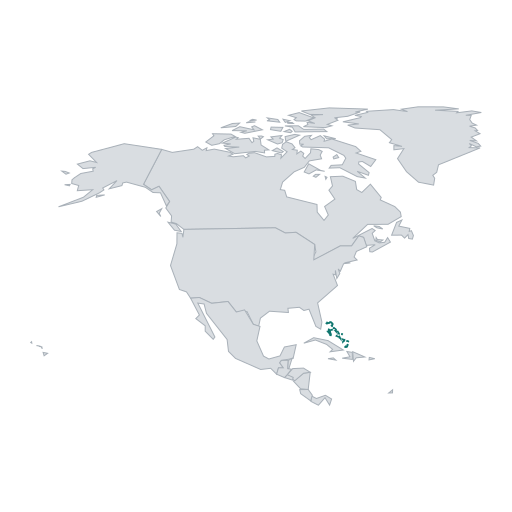 The Bahamas highlighted on a map of North America
{"feature_id": "BHS", "entity_name": "The Bahamas", "entity_type": "country or territory", "adm_level": 0, "iso_a3": "BHS", "parent_name": "North America", "parent_adm1": "", "projection": "robinson", "projection_center": [-76.093, 23.939], "detail": "fine", "context": "in_parent", "style": "filled", "palette": "teal", "viewbox_px": 512, "rotation_deg": 0, "n_neighbors": 17, "source": "natural_earth", "source_scale": "50m", "svg_char_len": 11758}
<svg xmlns="http://www.w3.org/2000/svg" viewBox="0 0 512 512"><path d="M183.9,229.4L176.4,223.6L171.1,222.0L171.6,215.9L165.8,208.0L169.6,201.5L159.0,186.3L151.6,189.8L143.5,184.3L161.7,149.4L172.3,152.4L193.8,149.2L197.6,146.7L202.3,150.3L206.9,147.8L206.2,150.6L214.3,149.1L230.0,152.3L233.0,154.2L228.6,156.0L233.3,156.8L243.4,155.7L245.7,157.9L249.2,156.0L246.8,154.5L248.9,153.3L254.6,152.7L266.4,156.9L274.8,156.4L274.9,154.2L277.5,153.5L281.5,154.8L280.9,158.2L287.1,151.8L281.7,148.1L282.6,144.3L286.2,141.8L292.0,143.9L295.0,147.7L292.4,149.5L297.3,150.2L296.8,153.9L300.8,151.1L303.8,153.4L302.7,156.1L305.1,158.5L310.5,152.8L310.9,148.8L318.7,149.6L322.2,151.4L320.2,155.1L321.6,158.8L309.3,160.9L304.3,167.3L294.2,171.8L282.6,182.1L280.3,189.6L284.7,190.3L286.7,196.9L317.0,204.5L317.2,212.1L324.0,220.4L328.3,215.0L324.6,206.5L334.9,199.1L328.9,190.2L332.5,186.0L330.4,176.7L342.8,176.2L355.4,181.4L356.7,189.6L361.8,192.5L370.4,184.2L381.2,197.4L380.2,199.9L394.8,206.6L400.4,212.1L401.2,216.6L388.1,224.3L367.6,224.4L352.7,238.4L372.1,228.5L375.2,230.5L372.2,233.3L374.8,240.8L379.2,242.9L384.7,242.3L387.6,237.6L390.4,242.1L372.4,252.0L369.8,251.7L369.5,248.2L375.2,244.7L366.2,245.4L363.6,237.4L358.8,235.8L351.6,245.9L340.3,245.9L314.6,259.8L312.3,258.5L315.9,251.9L314.7,244.5L296.0,232.3L285.3,233.0L275.4,227.8L183.9,229.4ZM313.3,176.2L315.5,174.4L319.5,174.4L315.9,177.3L313.3,176.2ZM326.7,138.8L324.1,135.8L335.8,138.7L330.3,138.6L326.7,138.8ZM325.8,179.3L325.1,176.4L327.0,177.3L325.8,179.3ZM292.2,131.4L290.6,132.7L284.1,131.6L289.6,129.3L292.2,131.4ZM293.4,123.5L287.8,123.3L287.4,122.5L292.2,122.5L293.4,123.5ZM283.0,119.2L289.9,120.7L285.3,122.4L283.0,119.2ZM326.8,131.6L295.1,131.9L292.4,127.2L284.9,125.9L298.4,125.8L303.7,129.4L323.7,129.1L326.8,131.6ZM248.6,121.8L255.4,122.0L246.2,122.8L248.6,121.8ZM252.6,119.3L256.6,120.1L249.5,120.7L252.6,119.3ZM401.9,220.0L398.8,226.1L409.8,228.4L409.2,231.4L411.4,230.7L413.4,235.5L412.4,239.1L408.7,238.5L408.0,234.6L404.6,238.1L401.5,235.1L391.6,235.2L396.6,222.4L401.9,220.0ZM308.7,163.8L320.6,170.4L324.7,171.3L316.2,169.9L309.0,173.9L304.2,172.0L308.7,163.8ZM324.1,141.3L331.8,139.0L355.7,146.6L360.9,151.3L356.1,153.0L375.8,159.7L370.7,166.5L362.4,161.5L358.8,161.9L358.6,164.0L369.1,172.6L368.4,175.3L357.2,171.3L365.3,178.1L357.2,176.6L339.8,167.7L329.2,168.1L331.1,165.4L342.3,164.8L345.8,158.2L343.9,155.4L328.6,147.8L302.7,147.0L300.6,145.8L303.6,144.2L299.8,144.2L299.5,140.8L304.7,136.3L311.4,135.4L309.3,137.6L311.1,139.7L320.3,135.6L324.6,139.1L324.1,141.3ZM285.1,136.6L294.7,134.4L299.5,135.2L285.8,141.3L285.1,136.6ZM220.8,127.8L232.4,123.5L239.6,123.1L235.7,126.5L220.8,127.8ZM156.6,211.5L161.7,208.7L159.2,213.3L160.8,216.5L156.6,211.5ZM267.3,117.9L277.8,119.5L279.7,122.2L267.0,120.8L269.6,119.8L267.3,117.9ZM181.2,231.5L174.5,230.2L168.0,222.2L175.8,224.1L181.2,231.5ZM212.5,133.7L231.0,134.1L235.2,136.5L224.3,139.8L219.4,143.7L211.7,145.3L205.8,142.0L213.9,135.8L212.5,133.7ZM254.5,125.7L262.4,129.8L244.8,133.3L241.0,132.3L246.8,130.8L232.1,130.6L239.8,126.7L254.0,129.8L251.7,126.9L254.5,125.7ZM253.0,137.8L260.3,139.3L261.1,145.0L268.9,149.9L264.4,150.2L264.6,152.9L255.4,151.4L234.8,153.7L225.6,148.5L239.3,147.1L224.9,146.5L224.0,145.3L230.7,143.9L222.4,143.1L235.8,137.1L238.2,137.7L236.3,139.3L249.0,138.3L252.0,142.7L253.8,141.3L253.0,137.8ZM273.2,139.1L270.9,136.9L281.9,135.5L279.6,138.2L283.2,139.6L282.1,142.7L277.5,144.0L267.7,139.8L273.2,139.1ZM258.2,136.1L261.6,136.0L263.4,136.7L260.5,139.0L258.2,136.1ZM271.1,127.1L282.9,127.4L280.8,131.3L270.5,129.6L271.1,127.1ZM288.6,115.3L299.2,112.6L313.5,117.8L305.4,121.1L296.3,120.9L294.0,119.6L296.3,117.7L288.6,115.3ZM301.4,111.0L329.2,107.9L367.9,109.1L355.3,112.0L360.2,112.0L347.7,116.3L334.3,117.8L337.6,118.2L335.9,118.8L337.9,120.3L327.3,124.4L331.9,125.8L325.2,127.6L303.4,126.7L307.9,124.5L307.0,122.3L314.8,123.4L308.0,120.8L315.1,117.8L311.2,115.1L323.0,114.6L309.8,114.4L301.4,111.0ZM338.7,157.6L333.8,158.9L333.1,157.1L336.8,154.6L338.7,157.6ZM277.0,147.9L283.3,151.6L281.4,152.9L272.3,150.6L277.0,147.9ZM373.7,225.8L379.2,226.5L382.8,229.0L376.9,227.8L373.7,225.8ZM376.1,237.5L377.4,239.5L382.9,240.0L380.2,241.9L375.8,240.2L376.1,237.5Z" fill="#d9dde1" stroke="#a8b0b8" stroke-width="1"/><path d="M183.9,229.4L275.4,227.8L285.3,233.0L296.0,232.3L314.7,244.5L313.8,259.8L340.3,245.9L351.6,245.9L358.8,235.8L363.6,237.4L366.8,246.7L356.4,251.4L354.1,257.0L357.1,260.0L344.4,262.9L350.4,262.9L343.6,263.7L340.3,271.3L338.2,268.9L339.8,273.5L336.8,278.5L335.4,270.4L335.4,274.9L333.1,274.2L337.5,285.5L317.6,302.9L321.9,322.1L320.7,329.2L315.9,326.4L309.0,309.2L303.9,310.5L299.4,307.3L287.9,308.3L288.4,312.5L269.5,311.2L260.4,318.1L258.6,326.5L253.3,324.3L247.0,311.6L236.3,312.0L228.0,301.5L211.7,303.3L199.3,297.5L190.6,298.2L186.5,291.9L179.4,289.5L170.5,265.5L176.9,243.8L177.0,232.8L182.0,233.4L182.9,237.3L183.9,229.4ZM161.7,149.4L143.5,184.3L151.6,189.8L159.0,186.3L169.6,201.5L166.4,205.9L160.5,192.8L153.0,192.5L145.4,187.3L126.5,182.1L122.8,182.9L121.9,185.6L109.2,188.8L117.0,180.6L102.7,188.0L103.9,189.9L99.5,192.8L82.0,201.2L58.5,206.8L83.5,197.2L92.7,189.7L77.3,190.7L78.7,185.5L71.7,183.5L72.0,179.8L74.6,177.6L80.8,173.5L93.2,171.2L92.7,168.8L95.7,167.3L83.0,168.6L77.4,164.1L90.0,160.8L96.6,162.5L88.6,154.3L91.6,152.4L124.2,143.7L161.7,149.4ZM61.8,171.1L65.1,171.4L69.2,173.0L66.0,174.2L61.8,171.1ZM43.1,352.4L47.6,353.3L44.1,355.8L43.1,352.4ZM41.8,346.9L42.3,348.8L41.4,347.3L41.8,346.9ZM39.6,346.0L41.2,346.7L39.2,346.5L39.6,346.0ZM36.4,345.6L38.1,345.6L37.9,345.8L36.4,345.6ZM31.6,341.7L31.8,343.2L30.7,342.5L31.6,341.7ZM64.6,184.7L70.1,184.4L69.4,185.8L64.6,184.7ZM96.7,195.4L104.7,194.9L96.2,197.3L96.7,195.4Z" fill="#d9dde1" stroke="#a8b0b8" stroke-width="1"/><path d="M352.3,352.4L352.4,359.4L342.2,358.2L350.0,356.8L346.9,351.5L352.3,352.4Z" fill="#d9dde1" stroke="#a8b0b8" stroke-width="1"/><path d="M353.5,361.3L352.7,351.7L364.8,357.0L356.2,357.8L353.5,361.3Z" fill="#d9dde1" stroke="#a8b0b8" stroke-width="1"/><path d="M401.4,109.2L418.2,106.8L443.5,106.9L458.8,108.9L435.1,110.2L458.0,111.4L456.7,112.8L471.8,110.9L481.3,112.5L465.8,115.3L471.2,115.4L469.7,119.6L472.2,123.1L476.5,125.1L469.5,126.2L475.1,127.9L477.6,130.5L475.1,130.8L480.0,133.7L471.2,137.1L476.5,140.9L469.7,140.4L478.2,143.4L480.7,146.1L476.3,146.8L469.3,143.5L471.4,145.8L469.2,147.6L480.1,147.9L438.5,164.8L436.7,172.3L432.8,175.3L434.7,178.3L433.6,185.1L418.5,182.2L406.5,171.7L397.5,158.6L403.9,148.6L393.9,149.8L393.9,145.6L402.0,146.4L389.4,142.7L391.7,139.6L379.9,129.7L355.0,128.0L347.7,125.1L358.8,123.9L342.9,121.8L360.5,117.6L361.3,116.5L354.9,115.4L367.7,112.4L366.5,111.3L393.5,109.6L407.5,111.6L401.4,109.2Z" fill="#d9dde1" stroke="#a8b0b8" stroke-width="1"/><path d="M190.6,298.2L199.3,297.5L211.7,303.3L228.0,301.5L236.3,312.0L244.6,309.9L253.3,324.3L260.0,326.4L256.8,340.9L263.5,356.1L268.9,359.0L280.0,355.9L284.4,347.0L296.2,344.7L293.1,358.5L281.4,360.4L279.7,362.8L283.3,367.8L278.5,367.8L276.6,374.2L270.7,368.3L260.7,369.5L235.5,358.4L228.5,351.4L227.1,339.5L206.5,313.4L204.1,304.0L197.8,303.1L214.9,337.0L213.2,339.3L205.2,331.2L205.2,325.8L195.8,318.6L199.4,315.0L190.6,298.2Z" fill="#d9dde1" stroke="#a8b0b8" stroke-width="1"/><path d="M331.6,399.0L329.6,405.1L325.0,397.7L318.4,405.2L311.1,401.5L310.8,395.6L316.4,398.5L325.4,395.3L331.6,399.0Z" fill="#d9dde1" stroke="#a8b0b8" stroke-width="1"/><path d="M312.3,395.2L310.7,400.9L300.7,393.7L299.7,389.6L308.2,389.5L312.3,395.2Z" fill="#d9dde1" stroke="#a8b0b8" stroke-width="1"/><path d="M308.2,389.5L300.6,388.8L293.4,381.1L303.6,373.2L310.2,372.3L308.2,389.5Z" fill="#d9dde1" stroke="#a8b0b8" stroke-width="1"/><path d="M310.2,372.3L303.6,373.2L294.7,380.8L287.2,374.7L292.7,368.6L303.5,368.1L310.2,372.3Z" fill="#d9dde1" stroke="#a8b0b8" stroke-width="1"/><path d="M287.2,374.7L293.2,377.4L292.5,380.1L284.5,377.6L287.2,374.7Z" fill="#d9dde1" stroke="#a8b0b8" stroke-width="1"/><path d="M276.6,374.2L278.5,367.8L283.3,367.8L279.7,362.8L281.4,360.4L288.3,360.4L287.8,368.6L291.5,369.2L287.2,374.7L284.5,377.6L276.6,374.2Z" fill="#d9dde1" stroke="#a8b0b8" stroke-width="1"/><path d="M288.3,360.4L292.1,358.2L288.9,368.6L287.8,368.6L288.3,360.4Z" fill="#d9dde1" stroke="#a8b0b8" stroke-width="1"/><path d="M369.3,357.4L374.8,358.7L369.0,359.9L369.3,357.4Z" fill="#d9dde1" stroke="#a8b0b8" stroke-width="1"/><path d="M328.0,358.7L333.3,357.9L335.8,360.1L328.0,358.7Z" fill="#d9dde1" stroke="#a8b0b8" stroke-width="1"/><path d="M313.7,337.7L328.0,340.6L343.3,350.0L330.1,351.8L332.6,349.4L326.6,344.4L315.4,340.0L303.8,343.2L313.7,337.7Z" fill="#d9dde1" stroke="#a8b0b8" stroke-width="1"/><path d="M388.7,393.0L392.6,389.8L392.5,392.9L388.7,393.0Z" fill="#d9dde1" stroke="#a8b0b8" stroke-width="1"/><path d="M330.2,331.3L330.2,331.8L330.3,332.2L330.2,332.3L329.8,332.6L329.7,332.7L329.4,332.9L329.1,333.1L329.0,332.8L328.8,332.6L328.8,332.2L328.6,332.3L328.4,332.3L328.0,332.0L327.7,331.6L328.1,331.6L328.2,331.8L328.4,331.5L328.4,331.4L328.2,331.1L328.6,330.4L328.7,330.0L328.6,329.3L328.7,329.2L329.2,329.5L329.4,329.7L329.4,330.0L329.6,330.3L329.9,330.9L330.2,331.3ZM330.6,333.2L330.6,333.3L330.2,333.6L330.5,333.8L330.7,333.4L330.9,333.7L331.0,334.3L331.0,334.5L331.1,334.8L330.9,335.4L330.1,335.3L330.1,334.9L329.8,334.1L329.6,333.9L329.3,333.4L329.5,333.2L329.7,333.3L329.9,333.2L330.2,333.2L330.4,333.1L330.6,333.2ZM347.4,346.1L347.3,346.5L346.9,347.0L346.1,347.2L345.1,347.2L345.0,346.9L345.1,346.7L345.4,346.4L345.6,346.2L346.0,346.1L346.4,346.3L346.7,346.3L347.0,346.1L347.3,345.6L347.5,345.7L347.4,346.1ZM332.1,326.3L331.7,325.9L331.5,325.7L331.9,325.4L332.1,325.2L332.1,324.6L332.2,324.3L332.1,324.1L332.2,323.8L332.1,323.5L331.8,323.2L331.1,322.3L330.1,322.0L329.6,322.0L329.8,321.9L330.1,321.9L330.5,322.0L331.0,322.0L331.3,322.3L331.6,322.7L331.9,322.8L332.0,322.9L332.0,323.0L332.4,323.3L332.7,323.6L332.8,324.4L332.4,324.8L332.3,326.0L332.1,326.3ZM327.6,322.8L328.0,322.9L328.4,322.8L329.0,322.8L329.6,322.7L329.6,322.9L329.6,323.0L328.5,323.2L327.5,323.5L326.9,323.7L326.7,323.7L325.8,322.9L326.0,323.0L326.5,323.4L326.8,323.3L327.1,323.1L327.1,322.9L327.2,322.5L327.6,322.8ZM334.2,328.0L334.8,328.5L335.3,328.7L335.9,329.3L336.1,329.5L336.1,330.6L335.9,331.1L336.0,331.6L335.8,331.4L335.7,331.1L335.5,330.9L335.4,330.8L335.8,330.8L335.8,330.3L336.0,330.0L336.0,329.6L335.5,329.1L335.2,328.7L334.8,328.6L334.3,328.2L334.1,328.2L333.7,328.3L333.9,328.0L333.9,327.7L334.0,327.7L334.2,328.0ZM340.8,339.0L340.3,338.2L339.7,338.0L339.4,337.8L339.5,337.7L339.7,337.4L339.6,337.1L339.3,336.5L339.2,336.1L339.1,335.7L339.4,336.2L339.6,336.7L339.8,337.1L340.0,337.9L340.4,338.1L340.8,338.5L340.8,339.0ZM343.1,341.8L342.9,342.0L342.9,341.7L343.4,341.4L343.7,341.0L343.8,340.9L344.1,340.7L344.2,340.3L344.0,340.1L344.0,339.9L344.0,339.7L344.4,339.7L344.3,339.9L344.5,340.5L344.0,341.2L343.5,341.4L343.1,341.8ZM339.1,333.4L339.1,333.7L338.9,333.6L338.5,333.7L338.4,333.7L338.5,333.6L338.7,333.4L338.7,333.2L338.4,332.9L338.1,332.2L337.9,332.1L337.8,331.8L337.5,331.5L337.6,331.4L337.8,331.4L338.3,332.4L338.3,332.5L339.1,333.4ZM347.4,340.9L347.6,341.0L348.1,341.1L348.4,341.3L348.3,341.5L347.9,341.2L347.6,341.2L347.1,341.2L346.9,341.1L347.1,340.8L347.4,340.9ZM343.7,339.7L343.7,339.8L343.0,339.7L342.9,339.7L342.7,339.3L342.7,339.2L343.1,339.3L343.2,339.5L343.7,339.7ZM331.7,330.0L331.3,330.1L331.0,330.0L330.9,329.9L331.0,329.8L331.3,329.7L331.8,329.7L331.9,329.8L332.0,329.9L331.7,330.0ZM337.8,336.6L337.6,336.6L337.4,336.5L336.7,336.0L336.4,336.0L336.5,335.7L336.8,335.8L337.3,336.2L337.5,336.4L337.8,336.6ZM342.3,334.0L342.0,334.5L341.8,334.4L341.9,333.8L342.1,333.8L342.3,334.0ZM347.8,344.8L347.4,345.0L347.3,344.8L347.6,344.6L347.8,344.8Z" fill="#14b8a6" stroke="#0f766e" stroke-width="1.5"/></svg>